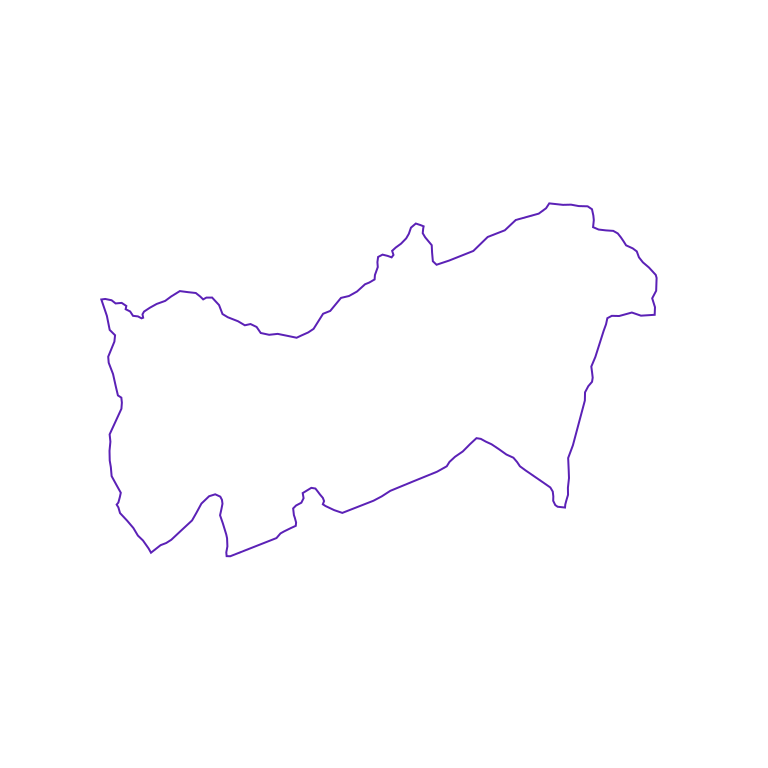 the district of Santa Rosa, Canelones, Uruguay, rotated 339°
{"feature_id": "84410073B29555831228815", "entity_name": "Santa Rosa", "entity_type": "district", "adm_level": 2, "iso_a3": "URY", "parent_name": "Uruguay", "parent_adm1": "Canelones", "projection": "albers", "projection_center": [-56.067, -34.521], "detail": "fine", "context": "isolated", "style": "outline", "palette": "violet", "viewbox_px": 768, "rotation_deg": 339, "n_neighbors": 0, "source": "geoboundaries", "source_scale": "gbopen_adm2", "svg_char_len": 2974}
<svg xmlns="http://www.w3.org/2000/svg" viewBox="0 0 768 768"><g transform="rotate(339 384 384)"><path d="M676.8,379.6L673.1,370.2L669.3,363.2L667.4,357.1L667.5,350.8L664.8,346.5L659.7,341.3L658.8,336.7L657.7,332.0L656.2,327.2L652.9,323.2L646.2,320.1L639.7,316.7L635.4,312.5L638.6,306.2L639.8,301.8L640.8,295.4L637.8,291.1L629.6,287.7L622.9,283.6L615.3,280.9L603.0,274.6L598.3,278.0L589.5,280.4L565.8,278.1L551.9,283.8L533.5,283.9L515.1,291.8L489.0,292.1L475.8,291.5L473.6,286.9L476.0,278.5L478.3,271.5L475.0,261.8L474.2,257.1L476.3,252.9L477.5,251.0L475.0,248.7L471.2,245.6L465.2,247.7L461.0,252.7L456.9,256.0L450.2,259.1L443.9,260.8L439.3,262.6L439.1,266.9L436.5,268.5L433.3,265.7L429.0,262.7L424.0,263.3L421.5,267.9L420.1,272.6L414.6,279.0L412.7,283.0L406.6,284.0L402.0,284.1L391.9,288.0L382.8,289.3L374.7,288.2L360.0,296.5L352.3,296.6L338.0,307.3L331.7,308.7L324.3,309.1L319.0,309.5L311.2,304.5L302.7,299.1L294.4,296.9L287.2,292.2L285.5,285.1L280.9,280.2L275.1,279.3L270.2,273.1L262.1,265.7L258.3,260.8L258.3,251.2L256.1,245.7L254.5,241.7L249.1,239.7L245.5,240.2L243.8,236.5L240.9,231.6L234.1,228.1L226.7,224.1L216.7,226.0L209.5,228.0L200.5,227.8L192.7,228.9L185.9,230.4L183.5,232.4L182.9,235.8L181.2,235.8L178.5,232.7L174.1,230.4L173.0,225.3L169.6,221.6L171.4,218.8L168.2,214.3L162.3,212.6L159.7,208.2L154.2,204.7L150.4,203.8L149.7,221.1L147.3,235.2L150.4,242.1L147.5,247.8L136.3,259.7L134.6,265.5L134.6,277.6L132.7,290.4L131.5,299.3L133.9,302.6L132.6,307.5L130.0,313.0L109.8,332.7L107.9,339.8L103.8,348.0L100.5,357.2L99.2,363.7L96.7,372.4L98.0,382.1L99.3,391.2L96.8,395.0L93.5,399.5L91.2,400.8L91.8,404.0L91.3,409.9L95.2,419.5L98.4,428.6L99.9,437.3L102.9,443.7L105.3,453.2L106.0,458.0L117.7,454.4L123.7,454.4L129.6,453.2L142.4,448.0L155.9,442.6L162.5,437.2L170.7,430.2L180.5,426.1L186.9,426.5L190.8,430.5L191.2,434.1L190.3,437.9L187.6,442.2L183.9,447.8L183.6,456.5L182.8,468.0L182.2,471.8L179.6,479.5L176.4,484.7L175.4,488.3L178.7,489.7L228.4,489.3L233.8,486.4L237.9,485.8L245.6,485.1L250.8,484.8L252.3,481.8L252.8,477.0L252.9,474.1L254.6,467.6L258.4,465.9L264.3,465.2L268.0,461.8L269.0,456.7L278.9,454.9L282.5,457.0L283.7,460.9L284.6,464.1L286.1,468.4L286.1,471.8L283.8,474.4L285.7,477.0L292.3,483.9L298.9,489.4L332.4,489.2L341.6,488.1L351.6,486.0L376.4,485.4L402.1,484.9L413.1,483.3L417.2,480.2L424.2,477.4L433.4,475.2L442.7,471.0L450.9,467.7L454.7,469.9L458.5,474.4L462.8,478.8L467.9,486.0L473.0,493.7L478.4,499.2L480.3,504.6L481.4,509.5L485.2,515.4L496.9,532.4L502.2,540.2L503.0,544.9L501.8,549.6L500.1,553.7L500.5,558.4L502.1,560.8L508.7,564.2L510.1,561.4L512.7,557.8L516.1,553.4L518.5,546.8L523.0,538.1L525.7,530.2L529.4,519.1L538.4,508.9L565.6,471.4L568.7,463.8L574.0,459.2L579.0,456.5L581.1,452.9L582.4,447.8L583.8,442.0L591.0,434.5L608.1,413.1L612.7,407.8L616.1,402.6L621.1,402.0L627.9,404.8L641.0,406.1L648.4,412.3L661.5,416.4L664.5,409.4L665.1,400.1L671.5,394.5L674.5,387.4L676.5,382.7L676.8,379.6Z" fill="none" stroke="#5b21b6" stroke-width="2"/></g></svg>